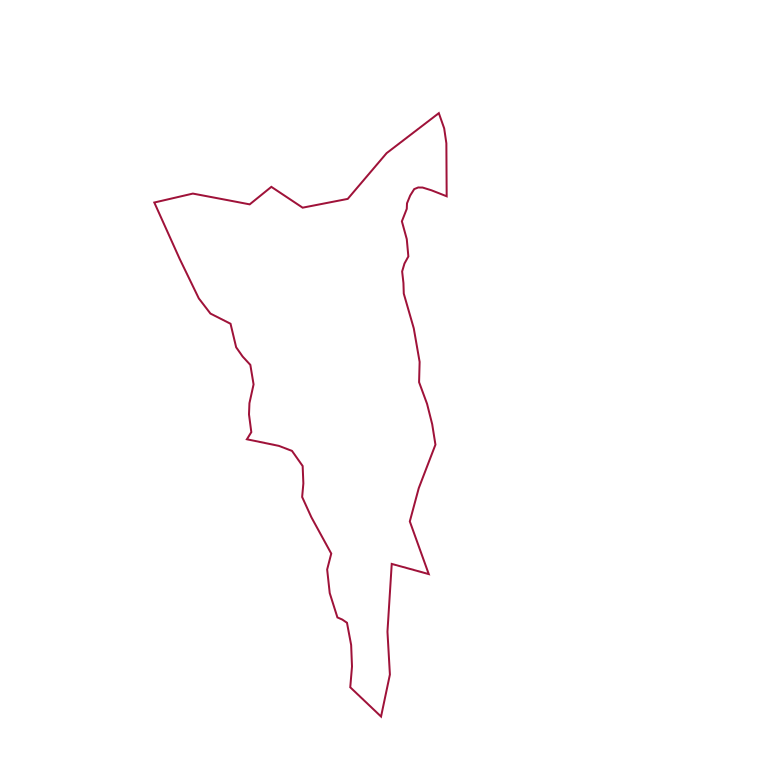 the border of Kabarole, rotated 147°
{"feature_id": "UGA-3106", "entity_name": "Kabarole", "entity_type": "District", "adm_level": 1, "iso_a3": "UGA", "parent_name": "Uganda", "parent_adm1": "", "projection": "equal_earth", "projection_center": [30.23, 0.607], "detail": "fine", "context": "isolated", "style": "outline", "palette": "rose", "viewbox_px": 768, "rotation_deg": 147, "n_neighbors": 0, "source": "natural_earth", "source_scale": "10m", "svg_char_len": 994}
<svg xmlns="http://www.w3.org/2000/svg" viewBox="0 0 768 768"><g transform="rotate(147 384 384)"><path d="M190.5,581.3L194.3,565.6L200.6,551.9L229.2,507.3L233.9,513.9L238.7,520.6L244.6,527.7L248.3,530.2L252.5,531.0L259.4,527.8L266.3,523.0L269.5,518.5L280.4,510.7L286.0,493.1L294.1,477.7L301.2,473.9L307.5,468.5L312.7,458.1L318.2,449.0L328.7,414.5L342.1,383.1L353.6,366.4L358.7,343.9L365.5,324.0L373.9,305.1L411.6,277.7L437.2,254.7L450.0,200.2L475.5,228.9L516.0,174.4L537.3,137.1L567.6,106.7L577.5,148.0L564.7,164.5L553.7,183.0L545.1,203.9L547.3,209.2L550.2,213.6L543.4,238.2L532.7,259.4L520.6,270.5L517.5,311.7L514.2,333.8L505.8,344.5L496.9,359.5L497.6,378.0L505.9,389.4L529.1,412.3L521.5,415.9L513.8,432.0L507.3,441.2L493.6,454.7L485.7,472.8L487.6,484.0L488.0,495.3L479.9,518.1L491.2,537.6L492.7,556.6L487.2,600.4L477.8,661.3L440.6,647.8L427.3,635.1L413.7,622.1L398.8,607.8L371.1,610.7L356.2,576.2L313.6,559.0L256.1,576.2L190.5,581.3Z" fill="none" stroke="#9f1239" stroke-width="2"/></g></svg>